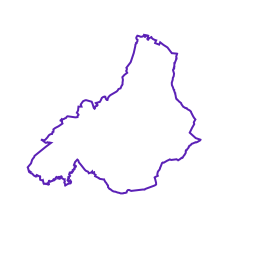 Holod, Bihor, Romania, rotated 120°
{"feature_id": "2599482B12126878753034", "entity_name": "Holod", "entity_type": "district", "adm_level": 2, "iso_a3": "ROU", "parent_name": "Romania", "parent_adm1": "Bihor", "projection": "robinson", "projection_center": [22.119, 46.796], "detail": "fine", "context": "isolated", "style": "outline", "palette": "violet", "viewbox_px": 256, "rotation_deg": 120, "n_neighbors": 0, "source": "geoboundaries", "source_scale": "gbopen_adm2", "svg_char_len": 5887}
<svg xmlns="http://www.w3.org/2000/svg" viewBox="0 0 256 256"><g transform="rotate(120 128 128)"><path d="M50.1,163.5L50.3,163.0L51.5,163.3L52.3,163.2L53.2,162.7L60.2,160.5L69.1,158.7L69.9,158.6L76.7,159.5L77.3,158.5L78.6,158.1L79.5,158.1L80.6,156.3L83.9,157.7L86.8,158.3L88.8,156.5L91.7,155.3L92.8,154.6L93.9,154.5L94.2,154.7L97.4,154.3L99.0,155.7L100.6,155.7L102.1,156.1L108.2,159.6L109.2,160.0L110.7,160.3L112.2,160.3L114.0,159.8L114.3,160.5L113.8,161.8L113.3,162.2L112.8,162.8L112.8,163.2L112.3,163.4L112.6,164.2L113.9,165.2L115.1,165.7L117.8,165.4L119.7,165.5L120.3,166.4L121.2,167.0L122.2,168.2L122.5,168.4L123.0,167.1L122.9,166.4L123.2,166.0L123.4,165.8L124.2,165.9L124.6,166.1L125.0,166.7L125.5,167.1L126.2,167.1L127.0,166.5L128.0,166.6L127.9,167.3L127.6,167.8L124.8,170.8L123.4,172.6L124.8,178.1L125.2,178.7L126.0,179.4L127.3,180.3L131.2,180.7L132.7,179.0L134.2,181.6L137.8,180.0L140.3,179.9L140.3,179.5L140.8,178.7L141.1,177.6L141.3,177.4L142.8,177.6L143.3,177.5L143.8,177.2L144.7,178.3L145.2,179.1L148.0,186.1L148.7,186.6L150.5,186.8L151.0,187.4L151.9,187.8L153.0,188.8L153.5,189.2L153.4,189.8L154.2,189.9L154.5,189.7L154.9,190.2L155.3,190.1L155.3,189.8L154.7,189.0L154.8,188.8L154.9,188.6L155.7,188.3L156.1,187.8L156.8,187.4L157.0,187.0L161.2,189.0L164.3,191.0L166.4,191.9L166.6,191.9L167.1,191.4L168.6,190.7L169.1,191.3L169.5,191.4L170.3,190.9L171.1,190.8L171.2,191.1L172.4,192.2L173.9,192.9L176.6,193.1L179.6,193.8L180.4,194.4L180.8,194.8L181.2,196.7L181.5,196.7L181.5,195.8L182.0,192.0L181.8,191.6L180.9,190.7L180.6,190.5L180.8,190.2L180.6,189.7L179.9,189.0L179.3,187.2L185.4,189.8L198.9,195.0L200.4,194.7L201.8,195.0L203.6,195.1L207.1,194.3L212.2,195.2L213.0,194.2L213.9,193.4L214.5,192.2L214.6,191.4L215.1,192.1L215.6,191.5L215.6,189.8L215.7,189.2L215.4,188.2L216.2,185.9L216.2,183.7L215.6,182.9L214.9,183.0L214.8,183.6L214.3,183.5L214.2,180.8L213.8,180.0L214.3,179.5L214.8,179.5L216.7,178.2L216.5,176.8L216.1,175.9L215.7,175.7L218.1,173.5L218.0,173.2L218.4,172.7L217.6,172.0L217.6,171.1L217.1,170.2L216.7,169.9L216.3,170.3L216.1,170.2L216.0,169.9L216.5,169.2L216.9,168.8L216.8,168.6L216.3,168.3L214.7,169.6L214.0,169.9L213.3,170.0L213.0,169.6L213.4,168.8L213.2,168.2L212.3,167.8L211.5,166.9L209.6,166.8L209.5,166.1L209.9,165.7L209.7,165.6L208.9,165.8L208.6,165.2L208.4,165.1L207.3,165.7L206.2,165.5L206.2,164.7L206.6,163.6L206.4,163.5L205.6,163.8L205.2,163.8L204.8,163.1L206.3,162.0L206.1,161.7L205.4,161.5L204.1,162.0L203.7,162.0L203.2,161.6L203.3,161.1L204.1,160.6L204.5,159.8L204.5,157.8L204.1,157.2L205.2,156.7L206.0,155.9L206.9,156.0L208.3,154.1L209.0,153.9L209.2,153.6L206.8,152.3L205.2,151.0L205.1,150.5L204.8,150.3L204.3,150.5L204.2,150.1L203.4,150.2L202.9,150.5L202.8,150.9L202.2,151.7L204.1,152.9L203.5,154.1L203.1,153.9L202.8,154.3L202.3,154.5L202.0,154.4L201.9,154.1L201.6,153.9L201.1,153.9L200.9,154.1L200.9,154.5L200.4,155.2L200.2,155.2L199.6,154.4L198.5,154.2L198.4,154.6L197.8,155.1L197.7,155.7L197.5,155.9L196.3,155.8L195.7,156.2L195.4,156.0L195.5,155.5L195.3,155.1L195.4,154.8L194.9,154.2L194.6,154.2L194.2,154.8L193.8,154.7L193.6,154.2L193.2,154.0L193.0,154.3L192.0,154.9L191.5,154.5L191.1,153.9L190.6,153.8L190.4,154.4L190.0,154.4L189.6,154.0L188.5,154.7L188.1,154.0L187.5,153.8L187.0,154.1L187.0,154.7L186.9,155.1L186.8,155.5L187.1,155.9L187.1,156.3L183.9,156.8L180.7,156.1L180.8,155.3L181.3,154.4L182.3,153.4L183.4,150.4L185.7,144.7L186.0,143.6L186.1,142.6L185.8,141.0L185.9,140.6L186.8,139.3L184.9,137.6L183.6,137.3L184.7,136.3L183.3,135.2L184.8,134.1L184.8,132.6L186.2,132.4L185.9,128.4L186.1,128.3L186.1,126.9L184.8,123.4L184.5,123.1L186.0,120.8L186.4,119.5L187.6,117.4L187.7,116.7L188.0,116.4L189.2,115.7L189.3,115.2L189.8,114.4L190.0,113.6L190.0,113.1L189.8,112.8L190.2,110.5L190.2,109.2L190.0,108.2L189.5,107.2L189.1,104.8L188.5,103.0L188.3,101.6L187.4,100.1L186.7,99.2L186.4,99.1L185.5,97.8L184.6,97.0L184.1,97.2L182.6,97.3L181.9,97.1L181.3,96.4L181.1,96.0L180.9,93.8L173.8,84.3L173.0,82.8L172.4,82.7L171.6,82.1L165.1,76.7L164.0,75.9L162.9,75.4L161.4,76.3L158.9,78.7L157.5,80.2L156.7,79.8L154.5,78.3L153.6,79.4L151.3,80.2L150.0,80.2L148.3,79.9L146.8,80.1L146.5,80.3L145.1,80.4L141.3,81.0L140.4,80.5L140.4,80.1L140.2,79.7L136.5,77.6L135.5,76.8L134.3,76.1L134.2,75.1L134.0,74.5L130.8,70.3L130.9,69.8L130.7,68.6L130.8,68.4L129.0,67.4L128.6,67.3L127.2,66.7L127.3,66.5L126.6,65.9L123.7,65.8L123.1,65.6L120.7,65.6L119.5,66.1L119.2,66.5L118.5,66.6L118.5,66.4L117.2,66.0L116.7,66.1L115.2,65.8L114.4,65.7L114.0,66.0L112.7,66.0L111.9,65.3L109.8,64.9L109.2,64.3L106.6,62.4L106.6,62.0L106.3,61.7L105.2,60.8L104.0,60.2L103.2,59.6L102.2,59.3L101.9,59.4L102.9,64.3L101.2,72.2L95.8,72.6L91.5,72.6L90.3,73.8L89.8,73.9L86.9,73.9L86.2,75.8L85.4,77.3L83.0,81.0L82.4,81.6L82.2,82.1L81.9,83.6L82.0,85.0L81.9,86.5L81.5,87.0L81.8,88.0L82.1,88.3L81.9,89.2L82.0,90.7L80.7,93.6L79.9,94.4L79.5,97.1L78.8,99.4L78.9,99.7L78.6,100.1L78.7,100.5L77.8,101.6L75.7,103.3L75.2,103.9L74.2,104.5L74.2,104.9L72.4,106.9L71.9,107.1L71.9,107.7L70.4,109.3L68.9,111.4L67.0,112.7L63.9,113.4L62.2,114.2L60.4,114.3L57.9,115.3L55.4,117.9L54.8,118.1L54.2,117.8L53.3,117.9L53.4,118.2L53.3,118.3L53.0,118.2L52.5,118.5L51.9,118.7L51.5,118.6L50.9,119.1L49.5,119.7L49.2,120.0L48.8,119.9L48.4,119.9L48.2,120.3L47.7,120.1L45.0,120.5L44.0,120.9L43.7,120.6L42.9,121.1L42.4,121.8L41.5,122.1L39.1,122.6L39.1,122.8L39.5,123.1L39.5,123.6L41.3,127.5L38.5,134.1L38.3,138.8L37.7,143.0L40.2,142.7L40.9,147.0L39.4,147.3L38.0,147.4L38.3,148.7L38.5,150.8L38.2,152.3L37.6,153.2L38.6,153.9L40.2,154.8L41.2,154.6L41.5,154.7L41.5,155.3L41.2,155.8L40.4,155.6L39.2,156.2L39.3,156.4L39.2,156.6L38.0,156.7L38.1,157.3L38.7,159.0L40.0,158.6L40.6,158.8L40.6,159.3L40.4,159.6L39.5,160.2L39.2,160.2L39.3,160.7L40.2,160.6L40.8,160.8L41.8,161.4L42.1,161.8L42.6,162.5L43.0,164.8L43.4,166.0L44.9,166.1L45.9,165.9L46.8,164.7L46.8,163.9L48.2,163.2L49.1,163.2L50.1,163.5Z" fill="none" stroke="#5b21b6" stroke-width="2"/></g></svg>